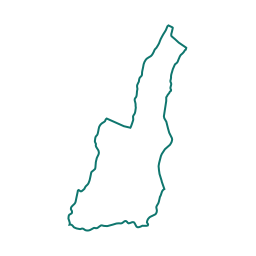 outline of El Asintal, Retalhuleu, Guatemala, rotated 8°
{"feature_id": "79465075B44377460468141", "entity_name": "El Asintal", "entity_type": "district", "adm_level": 2, "iso_a3": "GTM", "parent_name": "Guatemala", "parent_adm1": "Retalhuleu", "projection": "natural_earth1", "projection_center": [-91.754, 14.589], "detail": "fine", "context": "isolated", "style": "outline", "palette": "teal", "viewbox_px": 256, "rotation_deg": 8, "n_neighbors": 0, "source": "geoboundaries", "source_scale": "gbopen_adm2", "svg_char_len": 4895}
<svg xmlns="http://www.w3.org/2000/svg" viewBox="0 0 256 256"><g transform="rotate(8 128 128)"><path d="M100.9,166.6L101.0,167.7L101.1,169.9L101.2,171.1L101.2,172.2L101.1,172.9L100.9,173.4L100.4,173.9L99.8,174.7L99.0,175.5L98.1,176.5L97.8,177.1L97.8,177.7L97.7,178.4L97.7,179.0L97.5,182.1L97.4,183.4L97.3,184.6L97.2,185.4L97.0,186.3L96.7,187.6L96.5,188.3L96.2,189.0L95.9,189.5L95.4,190.2L94.6,191.2L94.0,192.2L93.6,193.2L93.4,194.1L92.9,194.8L92.4,195.4L91.6,196.3L90.8,197.1L89.8,197.3L89.0,196.9L88.3,196.5L87.8,196.3L87.1,196.9L87.0,199.0L86.6,204.6L86.5,206.4L86.4,208.0L86.3,208.6L86.2,209.2L85.8,210.1L85.3,210.9L84.8,211.5L84.4,212.0L83.5,213.2L83.0,214.0L82.7,214.8L82.7,215.6L82.7,216.2L83.2,217.0L83.6,217.5L84.0,218.0L84.2,218.7L84.3,219.4L84.1,220.3L83.5,220.8L83.1,221.2L82.5,221.6L82.0,222.0L81.7,222.6L81.5,223.5L81.6,225.9L82.0,226.8L82.4,227.5L83.2,229.3L83.6,230.2L83.6,231.2L83.5,231.9L84.5,231.6L85.3,231.7L85.9,231.9L86.7,232.4L88.2,233.8L89.1,234.1L89.8,234.3L91.0,234.6L92.4,234.7L94.4,234.8L95.1,234.7L95.9,234.2L96.5,234.0L97.1,233.9L97.6,234.0L98.2,234.2L98.7,234.5L99.1,234.7L99.8,235.0L100.6,235.2L101.1,235.2L101.8,235.2L102.4,235.1L103.0,235.0L103.6,234.8L104.8,234.2L106.8,232.7L107.7,232.0L108.2,231.7L109.1,231.6L110.2,231.7L111.3,231.4L111.8,231.1L112.4,230.5L113.6,229.3L114.9,228.2L115.5,228.1L116.1,228.1L117.8,228.3L120.2,228.1L120.8,228.1L121.7,227.8L124.5,226.6L126.4,225.8L129.6,224.3L130.2,224.1L131.5,223.8L134.5,223.4L135.5,222.9L135.9,222.5L136.9,221.5L137.5,220.9L138.3,220.5L139.1,220.5L140.0,221.0L140.6,221.6L141.1,222.0L142.0,222.3L142.7,222.0L143.4,221.7L144.3,221.2L145.0,220.8L146.0,220.5L147.0,220.6L147.7,221.2L148.1,221.7L148.6,222.4L149.5,223.7L150.2,224.5L151.1,224.9L151.7,224.9L152.5,224.7L153.6,224.2L154.8,223.5L155.8,222.8L156.7,222.7L157.6,222.6L158.4,222.5L159.3,222.4L160.2,222.2L161.2,221.7L161.3,220.6L160.8,219.9L160.3,219.4L159.9,218.9L159.9,218.3L159.9,217.5L160.1,216.9L160.2,216.2L160.5,215.4L160.9,214.7L161.4,214.0L161.8,213.4L162.8,212.6L164.6,211.4L166.8,209.9L167.4,209.3L168.0,207.8L168.1,207.1L168.1,206.0L168.0,205.3L167.8,204.8L167.6,204.2L167.1,202.8L167.1,201.8L167.4,201.0L167.8,199.9L168.4,198.6L168.7,197.3L168.8,196.7L168.9,195.7L169.1,193.3L169.2,191.8L169.6,190.8L169.9,189.7L170.2,187.9L170.4,186.8L170.6,186.0L171.2,184.7L172.0,183.8L172.5,183.4L169.0,176.6L168.5,175.3L165.6,169.1L164.5,165.3L163.6,161.5L163.7,158.3L164.5,151.2L165.1,149.0L167.5,143.9L171.9,138.8L172.6,137.2L173.1,135.8L173.3,134.3L173.3,133.1L172.8,131.8L169.5,127.0L167.6,122.7L165.1,116.5L162.6,113.3L161.9,111.4L162.1,95.9L161.6,92.3L162.4,90.6L162.6,89.9L162.9,89.3L163.3,88.7L164.0,87.5L164.2,86.7L164.5,86.1L164.9,85.7L165.4,85.1L165.3,84.1L164.7,83.3L164.5,82.7L164.4,81.9L164.7,79.4L164.7,78.5L164.4,77.5L163.9,76.9L163.5,75.9L163.4,74.8L163.6,73.9L163.6,72.9L163.6,72.0L163.5,71.4L163.4,70.8L163.4,70.0L163.4,69.3L163.5,68.4L163.6,67.6L163.8,66.4L164.2,63.5L165.3,59.6L165.5,58.9L165.9,58.1L166.3,57.7L166.8,57.3L167.2,56.8L167.6,56.2L168.0,55.3L168.5,53.1L168.9,51.7L169.4,49.8L169.8,49.0L170.1,48.3L171.5,46.7L172.6,45.1L173.1,44.0L173.5,43.2L173.8,42.7L174.3,42.4L174.5,41.1L174.5,40.4L166.4,36.4L162.2,33.5L158.4,31.1L158.0,30.5L157.8,29.3L157.8,28.5L158.0,27.3L158.4,23.0L158.3,22.4L157.8,22.1L153.8,20.8L152.9,21.8L152.4,23.7L151.9,25.7L151.2,27.4L149.9,30.3L149.0,32.6L148.5,34.0L148.1,35.1L147.9,35.8L147.4,37.8L147.2,38.8L146.9,40.0L146.1,42.1L145.5,43.4L145.1,44.4L144.5,45.3L143.8,46.2L143.4,47.1L143.2,47.8L142.9,49.0L142.5,50.1L142.2,51.0L141.8,51.8L141.4,52.6L140.9,53.3L140.3,53.9L138.9,55.0L137.5,56.2L136.8,56.9L136.4,57.5L135.9,58.4L135.6,59.2L135.1,60.4L134.9,61.4L134.7,62.3L134.6,63.1L134.5,65.6L134.4,67.1L134.3,68.3L134.2,70.2L134.2,71.1L134.3,71.8L134.4,73.2L134.3,74.0L134.0,74.7L133.3,75.6L132.6,76.7L132.4,77.6L132.3,78.3L132.3,78.9L132.3,79.9L132.2,80.9L131.9,81.6L131.4,83.3L131.2,83.9L131.1,84.6L131.2,85.6L131.4,86.4L131.7,87.3L131.9,88.0L131.8,90.8L131.9,91.8L132.0,94.0L131.9,95.5L131.7,96.2L131.3,96.9L131.0,97.4L130.7,98.2L130.7,99.3L131.1,100.5L131.6,101.6L132.0,102.7L132.2,103.4L132.4,104.8L132.6,105.7L132.9,106.7L132.9,107.5L132.9,110.9L132.7,112.4L132.3,113.5L131.9,114.3L131.6,115.0L131.4,115.8L131.7,117.5L131.9,118.2L132.0,118.8L132.0,119.6L131.4,123.0L130.7,126.3L130.3,127.4L123.7,126.8L105.6,121.6L105.1,122.1L104.6,123.1L104.5,123.7L104.3,124.4L103.5,125.3L101.5,127.0L100.6,128.1L100.2,128.7L99.7,129.8L99.3,130.9L99.1,132.8L99.0,135.1L98.8,137.9L98.5,139.0L98.2,139.6L97.8,140.1L97.2,141.2L97.0,142.4L97.0,144.1L97.0,145.2L97.1,146.1L97.4,146.6L97.8,147.3L98.3,147.9L98.5,148.6L98.5,149.4L98.6,150.1L99.1,151.1L99.5,151.6L100.1,152.3L101.1,153.5L101.8,154.3L102.1,155.0L102.3,155.5L102.6,156.5L102.6,157.6L102.4,158.6L102.0,159.8L101.6,161.0L101.4,161.8L101.2,162.4L101.2,163.2L101.1,164.0L101.0,164.8L100.9,166.6Z" fill="none" stroke="#0f766e" stroke-width="2"/></g></svg>